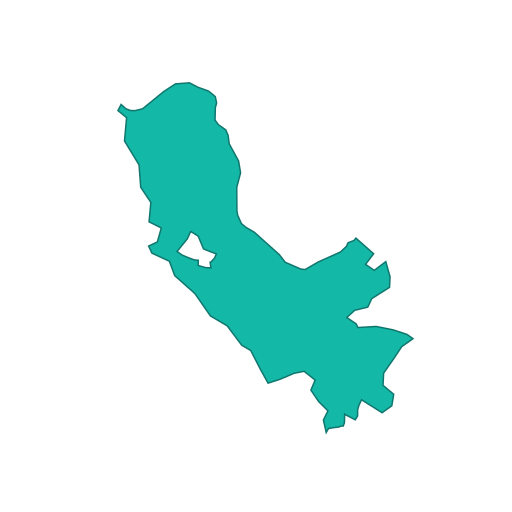 Pskent, Tashkent, Uzbekistan, rotated 207°
{"feature_id": "79887680B75193688061986", "entity_name": "Pskent", "entity_type": "district", "adm_level": 2, "iso_a3": "UZB", "parent_name": "Uzbekistan", "parent_adm1": "Tashkent", "projection": "natural_earth1", "projection_center": [69.451, 40.796], "detail": "fine", "context": "isolated", "style": "filled", "palette": "teal", "viewbox_px": 512, "rotation_deg": 207, "n_neighbors": 0, "source": "geoboundaries", "source_scale": "gbopen_adm2", "svg_char_len": 1656}
<svg xmlns="http://www.w3.org/2000/svg" viewBox="0 0 512 512"><g transform="rotate(207 256 256)"><path d="M113.3,130.6L113.1,135.2L109.3,138.0L106.6,139.9L105.0,140.8L102.8,143.2L101.1,144.1L101.5,147.6L105.2,155.3L103.6,155.2L93.2,155.1L93.0,157.6L92.9,159.6L93.4,160.7L95.7,165.3L96.5,169.8L96.7,175.8L72.5,173.6L67.0,184.2L70.5,195.3L84.1,198.4L89.1,209.6L86.4,229.0L85.0,241.4L78.6,253.6L85.8,254.7L100.5,252.4L116.9,247.8L132.8,238.5L135.9,241.0L147.2,242.4L143.4,252.4L133.2,261.2L133.5,270.6L122.8,288.7L127.1,298.3L137.8,309.9L144.1,296.9L154.6,298.3L152.2,311.4L175.1,317.3L175.7,314.3L180.0,309.6L179.8,305.7L182.5,298.0L188.6,290.4L197.8,279.0L206.1,266.2L210.3,264.7L227.2,263.7L235.8,267.8L268.2,276.4L278.3,277.0L283.8,278.3L290.8,284.0L293.4,287.4L304.3,308.4L307.5,323.1L314.6,332.7L330.8,343.8L335.6,350.8L340.1,354.6L349.0,355.9L354.2,358.5L359.6,369.8L360.6,374.5L364.6,379.5L367.8,380.3L373.1,381.4L384.4,380.0L393.9,380.1L405.9,372.8L412.7,361.0L423.9,335.7L429.6,330.7L433.7,328.7L438.7,328.1L445.0,329.8L445.0,322.9L434.1,320.5L425.4,298.8L401.6,284.1L389.9,264.9L374.0,256.0L366.8,237.9L353.1,238.0L350.3,223.7L356.2,216.1L350.1,211.3L330.8,212.0L319.5,201.6L293.4,194.8L269.4,181.9L250.0,180.7L228.2,170.0L217.8,169.4L199.6,156.3L187.5,148.2L178.6,157.1L168.9,168.7L160.8,175.1L147.0,172.3L146.2,161.4L134.0,154.7L121.6,150.7L121.5,140.5L113.3,130.6ZM303.2,221.3L305.5,226.0L309.4,224.5L315.4,223.8L322.1,223.3L328.4,224.2L325.0,240.0L325.3,248.2L316.6,247.5L306.0,238.5L298.9,239.1L292.3,239.9L292.0,235.4L293.4,230.1L294.1,229.7L290.8,225.0L295.5,222.8L303.2,221.3Z" fill="#14b8a6" stroke="#0f766e" stroke-width="1.5"/></g></svg>